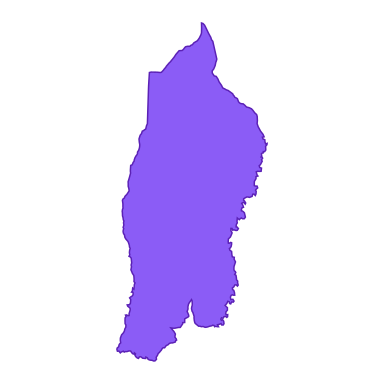 the district of Campo Alegre de Goiás, Goiás, Brazil
{"feature_id": "56859067B15808478056218", "entity_name": "Campo Alegre de Goiás", "entity_type": "district", "adm_level": 2, "iso_a3": "BRA", "parent_name": "Brazil", "parent_adm1": "Goiás", "projection": "equal_earth", "projection_center": [-47.758, -17.534], "detail": "fine", "context": "isolated", "style": "filled", "palette": "violet", "viewbox_px": 384, "rotation_deg": 0, "n_neighbors": 0, "source": "geoboundaries", "source_scale": "gbopen_adm2", "svg_char_len": 6029}
<svg xmlns="http://www.w3.org/2000/svg" viewBox="0 0 384 384"><path d="M264.1,136.8L263.0,134.3L260.6,131.2L258.2,126.8L257.1,123.6L257.4,120.6L257.2,116.4L256.6,114.5L255.0,113.1L253.9,111.7L252.9,110.3L251.5,108.8L249.2,107.7L246.5,107.0L244.7,105.1L243.1,103.8L242.2,103.8L240.6,103.5L239.4,102.8L238.5,101.7L237.4,98.7L236.0,97.8L234.8,97.3L234.0,95.8L233.3,95.1L232.7,93.8L228.2,90.5L226.2,89.8L224.6,88.8L223.1,88.2L222.2,86.9L221.6,85.5L219.1,81.9L217.9,79.0L216.2,76.4L214.2,75.9L212.3,73.1L212.2,70.9L213.6,69.2L214.7,66.7L215.2,65.4L215.8,62.3L216.4,60.8L216.8,59.1L212.8,41.3L211.5,39.7L210.8,37.4L208.6,33.4L206.0,28.0L204.6,25.2L203.0,23.5L201.5,23.0L201.6,28.3L201.5,32.7L201.1,34.4L199.4,37.9L198.5,39.2L197.3,40.8L193.9,42.8L192.4,44.7L190.9,45.3L189.8,46.3L187.5,46.3L185.7,46.7L184.9,47.4L183.4,49.4L182.1,50.5L179.1,50.7L175.9,54.4L173.9,57.5L173.1,58.4L172.3,59.5L171.4,60.4L170.7,61.5L169.2,62.9L166.3,66.3L165.7,67.4L164.4,68.8L163.4,70.2L161.4,72.3L160.3,72.5L159.1,72.4L157.0,72.2L151.1,72.1L149.4,72.5L148.6,85.8L148.5,88.4L147.4,123.7L146.5,125.7L145.7,129.1L144.4,129.8L143.6,130.6L142.3,131.1L141.5,133.6L140.2,135.2L139.6,137.0L139.0,139.0L139.3,142.2L139.7,144.3L139.7,145.9L139.4,148.0L138.7,150.2L137.5,152.1L137.5,153.6L137.0,154.7L136.2,155.6L135.0,157.7L134.3,159.7L134.0,161.4L133.1,162.4L132.7,163.7L131.9,165.0L130.7,165.4L130.4,169.8L130.4,171.7L130.6,173.0L129.4,177.5L128.5,180.5L128.1,181.8L128.2,183.2L128.2,186.3L128.9,188.8L129.1,190.9L126.7,194.6L125.7,195.5L125.0,196.3L124.2,198.2L123.0,199.0L122.4,200.3L122.6,201.8L122.9,203.8L122.9,206.6L123.0,208.2L122.5,209.4L122.2,211.3L122.4,212.7L122.5,215.9L123.0,217.5L123.3,219.8L123.9,221.0L123.5,222.9L123.8,224.4L123.7,225.7L123.1,227.4L123.7,228.6L123.2,230.3L123.1,231.8L123.6,233.8L124.4,234.7L124.9,237.4L125.9,239.1L128.0,241.5L128.7,243.3L129.3,245.2L129.5,247.1L130.2,248.5L129.7,249.9L129.5,251.4L129.4,252.8L129.8,254.8L129.0,256.3L130.2,256.9L131.2,258.2L131.7,262.9L131.1,265.0L131.5,266.8L130.9,269.8L131.7,271.6L132.4,273.4L133.8,275.5L134.0,277.7L134.1,279.4L134.0,281.6L135.0,282.9L134.3,284.7L134.2,286.8L133.9,289.1L132.7,288.1L132.4,290.9L131.6,292.1L132.9,292.3L133.2,294.1L132.7,295.4L131.8,296.3L130.7,296.9L129.6,297.9L130.7,299.5L130.6,301.1L130.4,303.4L129.3,304.7L127.2,304.9L127.7,306.2L129.1,307.3L130.1,308.3L130.2,309.9L129.7,311.6L129.1,313.5L129.1,315.5L128.0,315.7L126.7,314.9L125.5,315.1L126.1,316.4L125.1,317.9L125.0,320.6L125.1,323.7L125.9,325.0L125.8,327.2L124.9,328.8L124.3,331.3L123.1,333.2L121.6,334.8L120.4,338.0L120.3,340.2L120.7,342.9L119.6,343.9L119.0,345.0L118.7,346.7L117.1,348.1L116.9,349.5L117.4,351.2L118.9,351.1L120.3,352.9L121.1,352.1L122.3,351.6L123.4,351.2L124.2,352.1L125.2,351.6L127.0,351.6L129.1,350.9L130.7,351.1L131.5,352.4L132.6,353.7L134.2,354.2L134.4,352.9L135.5,353.8L135.0,355.4L135.8,356.7L137.3,358.0L138.5,358.4L139.3,357.0L140.3,356.7L141.3,357.1L142.6,358.2L144.4,358.4L145.7,358.5L145.9,357.1L147.4,357.8L148.1,359.3L149.3,359.9L150.6,360.2L152.0,360.3L153.7,361.0L155.0,360.9L156.5,359.3L156.2,357.3L157.5,355.3L158.3,353.3L159.3,352.6L160.2,351.4L161.2,350.3L162.4,348.3L163.4,347.7L164.6,347.8L165.4,346.7L166.3,345.5L168.0,344.8L169.4,343.4L170.3,343.1L171.4,342.9L172.6,342.9L173.9,342.5L175.3,342.0L175.7,340.6L176.6,340.1L176.2,338.8L175.0,337.3L175.0,336.0L175.4,334.1L174.0,331.6L172.3,329.6L170.9,327.9L173.0,328.2L174.8,328.2L178.2,327.5L180.3,327.4L182.7,323.8L182.7,322.6L184.7,322.5L184.7,318.9L185.7,318.3L188.0,317.1L188.8,316.2L188.6,314.9L187.7,312.7L187.1,311.6L188.0,309.0L187.9,306.9L188.5,304.2L189.2,302.9L191.5,299.6L192.1,301.0L192.3,304.0L192.2,305.3L191.7,307.1L191.5,308.7L192.1,311.3L192.8,312.3L194.1,316.4L194.0,317.9L194.3,320.6L194.7,322.3L195.2,323.4L198.6,326.2L200.0,326.2L201.3,326.7L203.1,326.5L205.1,327.3L206.9,327.1L208.0,326.8L209.4,326.3L211.8,325.8L212.7,325.2L214.1,325.5L214.6,326.7L215.6,326.3L217.4,326.7L218.5,326.7L217.5,324.7L219.3,324.3L221.0,323.6L221.7,325.0L223.2,325.0L224.0,323.7L223.7,321.2L222.6,319.7L221.4,320.3L220.8,319.2L221.5,317.8L223.0,318.3L224.0,316.7L225.6,316.4L226.8,317.4L227.6,316.7L227.7,314.6L226.7,314.8L225.7,314.0L226.0,311.8L227.4,310.2L227.4,307.6L226.4,306.8L225.1,305.4L226.8,303.5L227.8,301.3L229.2,301.7L229.6,303.5L230.7,303.9L231.6,302.0L233.3,302.1L234.0,301.1L232.9,299.3L232.0,299.4L230.8,299.6L230.4,297.1L231.1,295.4L232.4,294.8L233.4,295.2L234.7,295.2L234.5,292.7L233.8,290.4L232.6,289.5L232.4,287.9L233.8,286.9L234.8,285.0L236.2,284.8L237.4,286.1L238.2,285.1L237.6,282.7L237.7,281.1L236.5,279.7L236.4,277.9L236.0,275.3L234.7,274.5L235.8,272.6L235.3,271.5L234.3,270.8L233.9,269.3L234.0,266.6L235.5,261.9L234.1,259.2L234.3,257.3L232.3,256.8L231.9,254.8L231.6,251.4L229.9,250.3L229.4,248.5L230.3,247.9L231.1,246.6L231.6,244.3L231.6,242.7L230.7,242.4L229.3,243.2L228.4,243.2L228.2,241.5L228.4,238.9L230.4,237.0L231.4,234.7L232.1,232.9L230.9,230.6L230.9,228.4L232.0,228.4L232.8,230.2L233.9,229.8L235.0,230.2L236.1,230.5L237.3,230.3L238.4,228.6L237.1,227.0L236.1,226.9L236.2,225.3L236.5,224.1L237.3,222.9L237.0,221.5L237.3,218.0L239.3,219.7L240.2,218.7L241.3,218.0L242.7,218.8L244.3,218.7L245.4,217.1L244.4,212.8L243.3,211.7L242.4,211.0L241.4,210.8L241.4,209.5L242.1,207.7L243.5,207.3L242.9,205.3L241.7,203.3L243.4,202.4L244.5,203.2L245.2,204.1L245.7,203.0L244.5,201.0L243.6,200.2L243.7,198.7L246.7,197.0L248.0,197.0L249.5,197.4L252.1,196.4L252.8,194.2L254.0,194.1L255.3,195.5L256.0,193.9L256.2,191.4L255.5,190.1L256.5,188.9L257.7,187.9L257.1,186.1L255.5,186.1L254.3,185.6L254.3,182.8L254.4,181.3L256.0,178.7L256.0,176.6L257.9,176.0L257.1,175.0L256.5,173.0L256.3,171.7L257.6,171.3L259.6,171.4L261.1,171.3L261.3,169.8L261.5,168.1L259.7,167.5L259.2,165.7L260.4,164.7L262.2,161.2L261.5,159.7L262.6,158.4L262.3,157.2L261.1,157.0L261.7,155.6L261.4,153.8L262.2,153.1L263.2,152.9L263.3,151.6L264.6,151.7L265.8,150.0L265.6,146.3L266.9,144.8L267.1,143.4L265.7,143.9L265.0,142.1L264.8,139.7L263.1,139.1L262.4,137.2L264.1,136.8Z" fill="#8b5cf6" stroke="#5b21b6" stroke-width="1.5"/></svg>